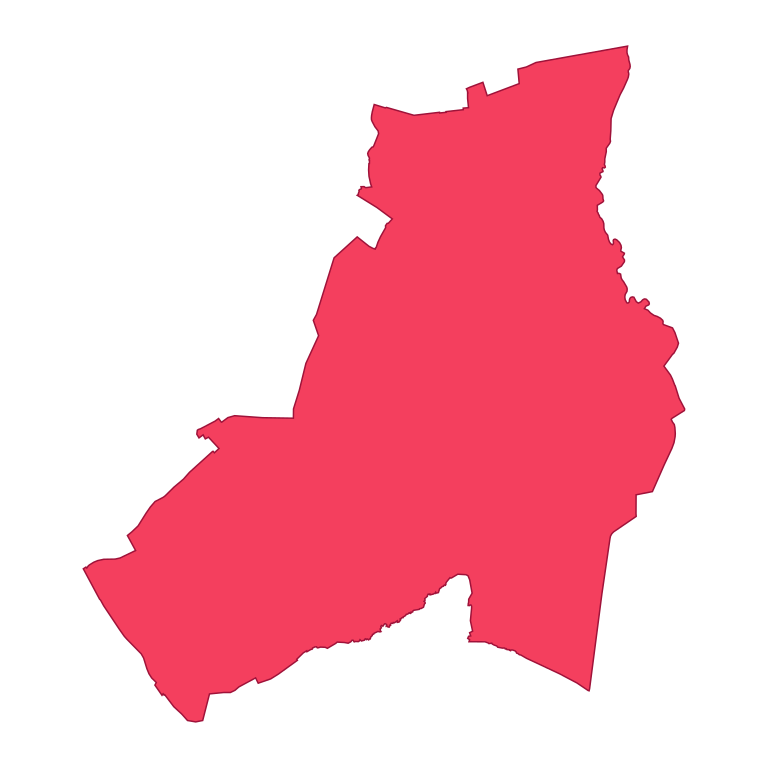 outline of Kerkrade, Limburg, Netherlands
{"feature_id": "6326949B5477842522812", "entity_name": "Kerkrade", "entity_type": "district", "adm_level": 2, "iso_a3": "NLD", "parent_name": "Netherlands", "parent_adm1": "Limburg", "projection": "orthographic", "projection_center": [6.055, 50.875], "detail": "fine", "context": "isolated", "style": "filled", "palette": "rose", "viewbox_px": 768, "rotation_deg": 0, "n_neighbors": 0, "source": "geoboundaries", "source_scale": "gbopen_adm2", "svg_char_len": 6095}
<svg xmlns="http://www.w3.org/2000/svg" viewBox="0 0 768 768"><path d="M197.3,430.3L196.8,434.2L199.0,437.9L203.1,434.9L205.3,438.9L208.5,437.2L219.0,448.5L214.4,452.8L213.1,451.3L212.5,451.5L189.5,472.3L183.5,479.1L174.0,487.1L165.2,495.8L163.4,497.2L155.1,501.5L150.5,506.8L146.2,513.0L138.1,525.9L131.7,532.0L127.4,535.5L135.6,550.5L120.0,558.0L115.1,559.1L103.7,559.3L97.7,560.6L93.8,562.2L90.2,564.4L88.5,565.6L86.8,568.0L85.9,567.1L83.3,568.8L99.6,599.2L100.5,600.0L103.7,605.8L119.3,629.2L124.3,636.3L126.8,639.1L141.2,653.8L143.6,658.0L146.9,668.7L149.0,673.8L151.7,678.0L156.3,682.5L154.9,685.1L162.0,695.3L163.1,693.8L164.1,695.1L164.7,694.7L173.8,706.7L181.7,714.0L187.5,720.5L195.7,721.9L202.7,720.5L209.5,693.9L223.8,692.5L230.4,692.5L235.0,690.3L238.9,686.9L255.6,677.9L258.2,683.2L270.7,678.9L278.5,674.0L297.4,660.3L296.7,659.3L303.4,652.8L306.5,650.9L306.5,651.6L306.8,651.8L311.0,649.4L312.0,649.3L312.4,648.8L312.5,648.1L314.9,646.9L316.6,646.8L317.1,647.7L317.8,647.9L320.5,647.1L325.2,647.3L327.4,648.3L335.7,643.4L337.2,642.1L344.3,642.5L348.2,643.2L350.9,641.7L352.1,640.2L353.4,640.4L353.9,641.7L354.3,641.9L355.3,641.5L358.5,641.6L359.4,640.9L360.0,639.7L361.4,641.0L364.0,640.3L364.6,640.1L364.7,639.4L365.3,638.8L366.6,639.6L366.9,639.0L367.5,639.0L368.7,639.9L369.6,638.9L370.3,638.9L370.7,637.1L372.3,635.5L372.5,634.4L373.7,634.1L373.9,633.4L377.8,631.5L380.0,631.9L380.9,631.6L380.4,631.1L380.5,630.1L380.1,629.0L381.4,627.8L380.8,626.7L381.4,625.5L382.9,626.2L384.5,623.9L385.2,623.7L386.6,624.5L386.3,626.0L386.9,625.7L387.3,626.7L389.1,627.2L389.6,626.5L389.6,625.3L390.6,625.2L390.5,624.3L391.2,623.2L392.9,623.4L393.3,622.5L394.5,622.8L397.3,620.7L397.5,621.1L397.2,622.1L397.3,622.4L399.1,622.0L400.6,619.9L400.1,619.2L400.2,618.8L400.9,618.8L401.6,617.9L403.1,617.6L403.0,617.1L405.5,615.6L406.3,614.3L407.3,614.2L409.2,613.2L409.1,612.8L409.4,612.7L410.4,613.4L411.2,612.8L411.0,612.2L412.6,612.0L412.9,611.0L413.8,610.3L419.2,609.4L419.6,608.7L421.2,608.5L423.5,607.2L424.4,604.1L425.2,603.2L425.0,602.1L424.0,601.3L425.1,600.1L424.7,598.6L427.4,596.3L427.4,595.5L428.2,594.1L429.4,594.6L429.5,594.1L429.9,593.9L430.5,594.8L433.5,594.0L434.3,593.4L435.2,593.5L435.7,592.2L436.4,593.1L438.4,592.6L439.7,588.5L440.8,588.0L441.7,586.9L443.5,586.2L443.5,585.7L444.5,585.0L445.4,585.3L445.9,584.3L445.8,583.3L446.4,582.1L450.0,577.7L450.7,578.1L451.6,577.9L457.8,574.2L466.0,574.7L468.0,575.7L469.7,579.9L472.1,593.2L468.7,599.2L468.6,602.6L468.3,603.2L468.1,605.5L469.5,605.6L470.1,604.9L471.1,605.1L471.6,606.2L471.6,608.1L470.4,620.7L472.6,631.2L469.6,632.7L470.7,635.9L468.6,636.3L467.7,638.4L469.6,639.7L469.0,641.7L485.0,641.8L488.3,643.0L488.9,643.6L491.8,643.2L492.2,644.0L494.0,645.0L496.8,646.0L497.7,647.2L502.4,648.1L504.3,648.0L505.0,648.3L505.3,649.0L506.3,648.7L506.9,649.6L509.3,649.7L509.4,650.2L510.6,650.7L510.9,650.0L512.5,650.0L514.9,650.8L515.9,651.6L516.6,653.1L517.9,653.5L519.3,654.7L520.8,655.0L526.5,658.3L559.6,673.8L577.0,683.0L588.1,690.5L589.1,690.8L589.6,688.7L601.9,593.9L610.0,538.5L610.5,536.1L611.9,533.6L613.7,531.8L636.2,516.4L636.0,513.8L636.1,494.8L652.4,491.6L664.2,464.8L671.9,448.4L674.0,442.7L675.1,436.7L675.3,433.6L674.9,427.5L674.3,424.5L672.6,422.2L671.2,419.3L671.9,418.4L684.4,410.5L684.7,409.0L679.1,398.3L675.2,385.8L674.8,385.3L672.4,379.0L670.5,375.1L663.9,366.1L672.4,354.5L673.9,353.2L677.3,347.1L678.5,343.2L674.9,332.5L672.5,327.9L663.5,324.6L662.9,323.6L663.1,321.5L662.7,320.3L660.5,318.2L657.1,316.4L654.0,315.4L650.4,312.9L647.9,310.2L644.4,308.7L645.9,306.2L648.7,304.9L649.3,303.9L649.0,302.1L646.4,299.3L644.8,298.9L643.7,299.2L642.6,299.9L640.9,301.8L638.3,303.1L636.3,301.7L633.9,297.2L632.3,296.9L630.8,297.4L630.0,298.3L629.4,299.9L629.4,301.5L629.0,302.3L627.9,303.1L626.8,302.8L625.2,299.7L624.8,297.0L625.2,294.5L627.0,291.3L627.2,289.0L626.8,287.2L623.6,281.7L622.1,279.8L621.2,278.0L620.6,274.1L618.9,273.3L617.5,273.5L616.8,270.5L617.0,269.3L617.6,268.4L621.4,266.1L624.4,261.7L624.5,260.0L622.5,256.9L624.3,254.0L624.4,253.2L620.9,251.2L620.8,250.2L621.4,247.7L621.0,245.3L619.5,242.5L616.7,239.8L615.0,239.1L613.6,239.6L613.2,240.7L613.5,242.6L613.4,243.7L612.6,244.7L611.2,244.2L609.6,242.3L608.5,239.4L607.7,235.2L605.4,232.3L604.4,230.2L603.9,228.0L603.8,223.7L603.1,221.3L601.6,218.7L599.9,217.3L599.2,215.4L598.4,214.1L598.1,213.0L597.1,211.5L597.4,209.8L597.3,205.3L602.8,202.0L603.6,200.9L603.0,198.9L602.8,195.7L602.4,194.5L599.4,190.5L596.7,188.3L596.0,187.5L595.9,185.6L601.0,177.2L600.8,176.2L600.0,175.1L599.8,173.9L600.1,173.0L603.0,171.6L603.0,171.0L602.1,168.7L602.6,167.7L604.5,167.9L605.3,167.2L605.1,166.0L604.4,164.5L604.8,162.1L604.8,158.9L606.3,151.6L606.2,148.3L609.8,143.2L610.5,141.3L610.2,139.2L610.8,130.9L611.1,118.6L613.6,110.3L620.1,94.7L623.5,88.3L627.5,79.3L628.3,77.1L628.8,74.2L628.6,72.7L628.3,72.3L628.3,70.6L629.8,68.5L630.2,66.6L630.0,64.5L628.8,60.0L628.6,57.0L627.6,55.0L627.0,52.6L627.0,49.9L627.6,46.1L536.0,62.5L526.3,67.0L517.9,69.1L519.2,83.6L487.2,95.7L482.9,82.3L469.6,87.3L466.4,88.8L467.1,90.0L467.8,92.7L467.6,92.7L467.6,98.6L468.5,107.7L463.2,108.1L463.3,109.7L446.0,111.6L446.1,112.3L439.6,113.0L439.5,112.3L414.0,115.3L386.4,107.4L385.3,107.9L374.2,104.5L372.3,111.7L371.6,115.5L371.4,117.9L371.5,119.8L372.2,121.6L374.9,126.7L378.1,130.9L378.6,133.7L373.7,146.0L373.1,146.9L371.9,147.2L369.6,149.8L368.3,151.8L367.7,153.5L368.1,155.5L369.5,158.1L369.0,159.9L369.5,160.1L369.4,163.6L368.9,163.7L368.6,170.0L369.0,176.3L370.6,183.7L371.7,186.9L366.3,187.6L365.2,187.5L364.1,186.6L361.0,186.7L361.4,188.3L361.3,188.8L359.3,189.7L358.9,190.5L359.2,191.1L358.3,193.6L358.3,194.5L357.2,195.3L376.9,207.5L392.3,218.9L388.4,223.2L387.1,223.4L385.5,225.7L385.6,227.7L380.5,236.7L378.0,242.1L376.1,247.7L375.5,247.9L375.2,249.1L373.0,248.4L369.0,246.3L357.2,236.9L334.1,257.8L316.5,314.5L313.3,320.3L318.6,335.7L305.9,363.4L299.3,390.3L293.5,408.9L293.4,418.2L262.6,417.7L234.6,415.7L227.9,417.6L221.7,422.2L221.2,422.0L218.6,418.5L215.1,421.1L200.4,428.8L198.3,429.5L197.3,430.3Z" fill="#f43f5e" stroke="#9f1239" stroke-width="1.5"/></svg>